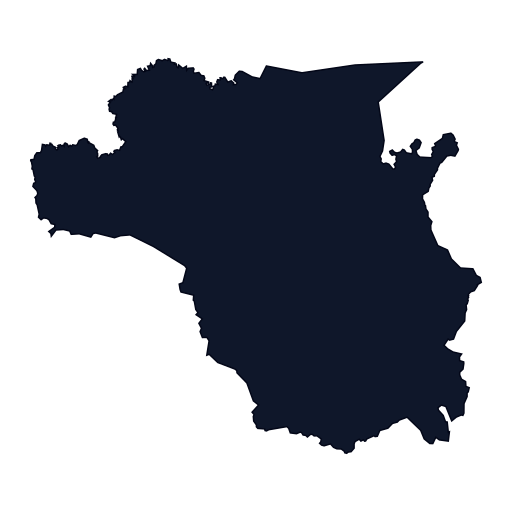 outline of Rankas pag., Gulbene, Latvia
{"feature_id": "27541924B63900678349078", "entity_name": "Rankas pag.", "entity_type": "district", "adm_level": 2, "iso_a3": "LVA", "parent_name": "Latvia", "parent_adm1": "Gulbene", "projection": "orthographic", "projection_center": [26.154, 57.209], "detail": "fine", "context": "isolated", "style": "filled", "palette": "ink", "viewbox_px": 512, "rotation_deg": 0, "n_neighbors": 0, "source": "geoboundaries", "source_scale": "gbopen_adm2", "svg_char_len": 5923}
<svg xmlns="http://www.w3.org/2000/svg" viewBox="0 0 512 512"><path d="M378.2,102.0L420.6,63.3L423.1,61.9L355.0,65.0L302.0,72.8L266.4,66.0L260.1,78.6L252.1,76.9L242.2,71.5L239.3,71.2L235.3,75.2L234.5,78.8L233.7,79.8L237.4,82.9L236.1,84.5L233.4,84.7L233.7,83.1L231.2,80.8L227.8,82.1L224.8,77.3L223.8,77.2L222.8,78.8L220.8,77.7L220.0,77.9L220.6,79.2L220.1,80.0L217.6,79.7L216.8,81.9L218.0,84.5L215.3,84.1L215.0,85.8L213.0,86.4L213.6,87.9L212.5,89.8L209.9,88.8L209.7,87.3L211.6,86.9L211.5,83.0L210.4,82.8L210.0,84.1L207.1,85.3L206.0,83.7L206.8,82.8L208.2,83.3L208.6,82.0L204.0,80.6L204.8,78.2L203.8,75.8L201.2,75.5L198.9,72.5L194.1,73.3L193.3,71.4L194.0,69.1L193.2,67.9L188.2,68.3L186.7,70.3L186.4,66.2L182.8,68.4L178.7,65.0L178.2,67.8L177.8,67.8L176.8,66.7L176.3,64.0L174.5,64.3L175.0,63.0L170.8,62.1L169.8,59.0L168.1,58.7L168.2,60.2L167.6,60.5L164.5,59.4L162.3,60.7L158.4,59.5L156.5,60.6L155.9,63.8L154.0,65.4L154.0,67.0L152.7,67.5L152.2,65.4L150.6,63.4L150.2,65.7L147.6,66.2L149.4,70.3L146.4,70.5L144.7,68.3L144.0,69.1L145.3,71.3L143.7,71.8L141.5,70.4L140.4,68.4L137.6,69.5L137.2,74.4L132.8,74.4L134.6,75.9L134.5,76.7L132.1,76.1L131.9,76.8L133.2,78.6L132.1,78.8L132.3,81.1L131.9,82.1L130.0,80.7L129.7,82.2L128.0,82.5L127.8,86.8L125.5,86.2L123.4,87.3L125.0,88.6L123.5,89.0L122.9,92.0L117.5,94.7L115.9,96.5L114.2,96.1L114.1,99.2L113.3,98.7L111.9,100.4L111.1,99.5L108.6,101.4L110.4,102.1L108.4,104.9L109.6,107.7L109.1,109.1L109.6,111.3L111.6,111.7L112.8,113.5L116.6,114.3L116.0,116.6L116.4,117.4L115.6,117.8L115.7,119.1L114.7,122.1L113.4,122.2L113.0,124.0L113.9,125.4L115.5,125.0L118.1,128.5L117.4,129.5L117.8,130.1L117.5,130.8L118.3,131.2L117.8,132.2L119.2,136.9L119.7,136.3L120.5,137.1L121.3,139.7L122.4,138.6L125.8,141.6L122.3,146.7L120.9,146.9L119.6,150.4L117.1,149.8L114.4,150.5L113.9,151.5L114.9,152.7L112.4,154.5L110.6,153.2L109.1,155.1L107.7,155.4L107.4,154.0L105.7,153.7L101.8,154.8L100.3,156.6L100.5,157.4L97.7,158.3L96.7,156.7L97.7,156.1L97.6,153.3L96.8,152.1L97.6,150.6L94.7,147.9L93.8,145.3L89.1,142.7L88.4,143.2L87.8,142.3L88.6,141.8L87.7,141.3L87.2,139.2L84.3,138.2L79.2,140.5L77.2,144.7L75.6,145.5L72.7,144.8L71.6,146.3L70.1,145.3L68.7,146.8L67.2,144.0L65.2,143.0L64.4,143.5L64.1,146.1L63.4,145.1L61.5,146.0L60.5,144.8L58.6,145.2L57.8,145.8L58.9,147.1L57.4,147.7L58.2,149.0L56.8,150.1L55.3,148.8L55.7,147.9L55.2,147.1L53.1,146.2L51.7,144.2L50.6,144.4L50.6,143.3L49.9,143.3L50.1,144.2L49.3,145.2L46.7,144.8L45.6,146.2L45.0,144.9L42.4,144.4L41.5,150.7L40.4,152.7L36.8,152.8L34.8,155.6L34.0,159.4L30.9,159.7L30.7,160.8L31.4,161.6L32.3,166.2L31.9,168.9L33.0,169.5L34.3,176.0L35.2,176.9L34.7,179.5L35.6,181.6L35.3,182.7L33.7,183.3L32.9,186.4L36.9,190.6L37.8,193.3L37.0,195.6L35.0,197.5L35.8,198.7L36.0,203.0L37.2,204.9L39.2,214.2L38.5,217.2L41.1,219.7L43.6,217.9L46.9,218.4L49.0,219.7L51.2,223.7L54.9,224.5L54.7,227.3L48.8,231.5L50.9,233.4L51.3,236.2L56.0,230.0L63.4,229.5L69.7,231.0L71.2,234.3L79.2,233.8L90.8,237.1L93.1,233.5L95.8,233.0L114.5,237.7L120.5,235.7L130.0,234.9L153.3,246.4L184.6,265.6L186.7,268.2L182.9,282.7L179.2,284.1L180.1,289.5L181.0,292.0L193.7,295.2L193.3,300.2L194.3,301.1L195.8,309.5L198.0,312.6L196.1,314.7L202.3,318.9L198.9,323.3L201.5,328.3L200.1,331.6L202.4,337.5L206.9,337.4L209.1,340.8L206.8,355.2L209.2,354.3L217.8,362.5L234.8,369.0L236.8,370.5L237.0,372.8L246.9,383.0L253.4,400.9L258.6,405.0L252.1,412.2L254.1,414.5L253.3,416.5L253.7,421.1L256.4,424.9L256.4,426.8L257.8,428.4L264.6,428.9L265.1,430.6L266.5,430.9L268.8,429.7L286.9,426.6L288.7,428.3L290.3,432.9L296.5,433.7L300.2,432.1L301.6,432.6L303.1,435.0L305.8,435.4L307.4,437.0L310.4,434.4L312.2,434.3L314.1,435.9L317.0,435.8L321.3,439.0L320.8,441.9L319.6,443.3L321.6,445.1L324.1,445.8L330.5,443.9L333.5,447.3L336.8,448.8L341.3,449.0L344.3,451.3L344.8,452.8L346.7,453.3L348.1,452.1L351.1,451.7L354.1,448.2L354.1,443.9L355.0,441.6L359.2,439.2L360.9,441.1L363.4,439.8L364.6,441.2L365.6,441.0L366.9,438.9L374.0,435.7L375.1,436.6L377.3,436.3L379.8,430.5L387.9,428.2L392.5,423.4L397.3,422.1L399.2,420.1L407.1,417.2L420.7,430.3L424.2,438.9L429.8,443.5L432.8,443.6L435.8,437.3L439.4,439.9L448.3,441.1L449.4,431.8L448.3,432.3L447.2,422.0L445.5,421.8L443.2,415.4L438.4,410.1L438.0,407.7L441.4,405.1L445.9,406.5L451.7,420.9L456.3,417.1L461.2,415.0L462.9,415.4L463.9,413.1L464.0,403.6L467.1,396.6L467.1,392.9L468.2,391.9L469.2,387.7L465.9,386.4L465.6,381.6L461.5,379.2L459.7,375.0L459.7,372.3L463.0,369.1L463.8,363.6L463.7,361.9L459.6,360.6L459.5,356.9L461.6,354.0L453.0,352.0L447.6,348.8L444.0,345.3L448.1,339.1L449.6,340.1L453.5,339.1L456.4,331.4L464.7,321.0L465.1,312.9L466.6,309.6L466.1,304.8L467.2,303.8L468.2,300.3L467.6,298.9L468.6,297.4L468.1,296.1L468.6,295.7L468.2,295.2L468.6,294.0L470.6,291.9L474.3,290.6L477.6,285.4L477.2,284.8L481.3,282.4L480.1,277.5L476.3,275.4L472.9,268.8L460.5,268.0L451.4,259.0L447.5,250.0L437.8,245.6L430.9,230.0L430.7,225.5L431.9,221.7L428.0,217.0L428.0,212.1L425.9,208.9L425.5,205.7L424.9,205.4L424.4,202.4L422.5,198.9L422.6,194.8L428.2,191.3L428.9,187.9L430.2,186.0L430.1,184.3L432.6,180.3L432.0,177.3L434.3,176.3L434.4,174.3L437.5,169.8L437.4,168.3L440.0,163.1L441.7,162.4L446.9,156.0L450.8,155.3L454.9,156.1L458.1,150.6L458.4,149.3L456.4,145.3L457.2,142.8L454.7,141.8L454.4,140.8L455.1,139.1L453.1,135.1L450.9,133.2L443.3,134.7L442.4,138.4L434.7,143.6L435.6,145.8L435.3,146.5L432.2,147.6L432.1,149.2L433.3,151.7L431.7,154.4L432.4,156.6L430.9,157.7L419.9,157.1L417.1,154.4L415.9,150.5L419.2,147.9L421.1,142.6L419.4,140.1L416.9,139.2L415.2,140.0L413.8,142.7L412.0,143.8L410.3,146.3L412.4,149.3L412.5,152.2L411.7,153.8L406.3,152.8L404.3,150.0L402.7,149.4L400.6,152.0L397.0,153.0L394.5,152.3L392.3,150.0L389.7,151.4L390.1,153.1L392.1,155.3L394.3,154.6L396.6,155.7L395.9,159.2L396.6,161.7L394.1,164.3L395.6,167.1L394.5,169.0L392.9,169.0L388.8,164.1L386.0,163.1L383.2,163.9L380.7,161.6L381.2,158.9L379.9,156.4L382.5,151.0L384.1,140.5L378.2,102.0Z" fill="#0f172a" stroke="#020617" stroke-width="1.5"/></svg>